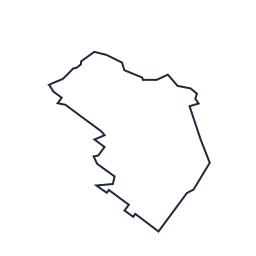 the district of Houston, Georgia, United States of America, rotated 306°
{"feature_id": "52423323B77301677546926", "entity_name": "Houston", "entity_type": "district", "adm_level": 2, "iso_a3": "USA", "parent_name": "United States of America", "parent_adm1": "Georgia", "projection": "albers", "projection_center": [-83.676, 32.487], "detail": "fine", "context": "isolated", "style": "outline", "palette": "slate", "viewbox_px": 256, "rotation_deg": 306, "n_neighbors": 0, "source": "geoboundaries", "source_scale": "gbopen_adm2", "svg_char_len": 743}
<svg xmlns="http://www.w3.org/2000/svg" viewBox="0 0 256 256"><g transform="rotate(306 128 128)"><path d="M154.4,50.9L151.8,52.5L146.5,51.0L143.8,48.6L137.8,47.8L129.3,46.4L120.5,41.0L116.5,38.8L116.5,39.0L113.6,46.3L113.5,56.6L106.7,56.5L110.0,63.7L109.8,80.7L109.6,108.7L108.4,113.3L99.0,107.6L98.8,120.2L88.2,120.1L84.8,116.9L80.9,124.0L80.9,145.6L73.8,148.7L62.9,136.2L63.1,148.9L66.6,148.9L66.4,168.7L66.4,173.8L59.2,173.7L59.2,184.4L62.8,184.4L62.2,213.5L110.0,213.9L116.7,217.2L147.9,214.6L161.2,193.8L181.8,165.0L189.3,170.7L191.2,165.3L196.3,163.5L196.8,155.3L191.2,143.3L194.6,128.9L183.8,122.9L175.7,111.8L177.2,109.8L172.6,91.1L177.4,84.7L174.5,67.7L169.8,56.0L154.4,50.9Z" fill="none" stroke="#1e293b" stroke-width="2"/></g></svg>